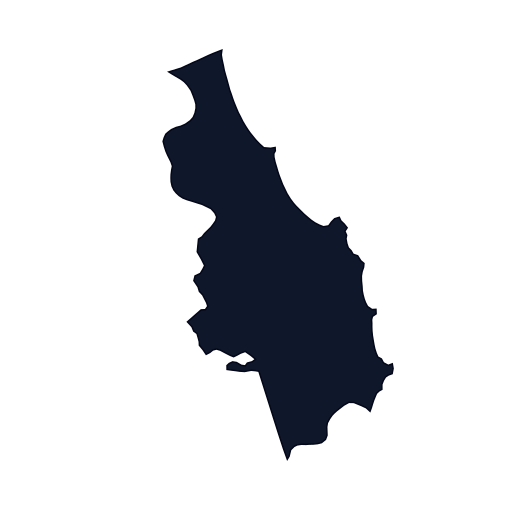 Laguna, Brazil (Natural Earth projection), rotated 313°
{"feature_id": "56859067B95150069695364", "entity_name": "Laguna", "entity_type": "district", "adm_level": 2, "iso_a3": "BRA", "parent_name": "Brazil", "parent_adm1": "", "projection": "natural_earth1", "projection_center": [-48.822, -28.47], "detail": "fine", "context": "isolated", "style": "filled", "palette": "ink", "viewbox_px": 512, "rotation_deg": 313, "n_neighbors": 0, "source": "geoboundaries", "source_scale": "gbopen_adm2", "svg_char_len": 3059}
<svg xmlns="http://www.w3.org/2000/svg" viewBox="0 0 512 512"><g transform="rotate(313 256 256)"><path d="M153.3,312.2L155.7,315.6L158.4,319.3L160.6,322.5L163.8,326.4L169.2,330.4L171.8,333.8L173.7,336.7L149.9,378.7L141.4,393.8L133.9,407.4L128.7,417.5L132.0,416.8L137.9,413.5L142.7,413.7L145.9,414.9L149.3,417.6L152.3,421.0L154.8,423.3L157.5,426.1L160.7,428.9L164.2,431.2L169.2,431.9L173.3,430.2L176.2,427.3L179.2,424.3L182.6,422.0L187.2,420.8L191.2,420.2L194.3,420.2L197.9,420.5L202.2,421.2L206.7,421.9L212.3,423.7L215.7,427.5L218.3,434.4L220.2,440.1L220.2,445.3L223.9,443.7L227.1,442.1L231.0,440.3L234.7,438.9L237.7,437.8L241.2,438.0L244.3,439.0L247.9,435.6L251.9,434.0L255.8,433.2L259.3,434.0L262.8,435.8L267.2,433.0L270.1,429.2L266.2,427.3L264.8,422.0L266.2,417.9L265.2,414.0L266.9,410.1L269.2,406.0L271.3,403.0L273.8,399.7L277.2,395.3L280.2,391.9L283.2,388.9L285.7,386.6L288.2,384.0L291.2,382.3L295.6,383.3L298.8,380.1L295.9,377.3L295.1,372.0L296.6,367.7L298.4,364.2L300.6,360.7L303.1,357.3L306.0,354.3L309.7,350.1L313.3,346.6L317.0,344.2L321.2,342.3L324.2,340.0L324.0,335.9L325.5,330.2L323.5,325.8L324.7,322.0L324.9,317.9L327.0,314.0L330.0,310.0L333.0,308.1L334.7,304.1L338.8,303.4L339.5,298.8L339.6,294.1L341.1,290.5L336.9,288.1L332.2,288.0L327.6,288.6L323.4,285.4L321.8,281.4L320.4,276.5L319.7,271.8L319.5,267.8L319.3,262.5L319.5,256.4L319.7,251.1L320.1,247.3L321.0,242.3L322.7,236.1L324.5,231.5L326.4,226.6L329.1,221.1L330.7,217.8L332.7,214.2L335.1,210.2L337.6,205.9L340.5,201.7L343.0,199.2L346.1,198.4L348.4,196.0L344.7,193.2L340.5,187.9L340.4,182.1L340.7,176.9L341.3,172.4L342.0,167.6L342.8,163.8L343.9,159.5L345.3,154.7L347.3,149.4L348.8,145.1L350.9,140.4L353.5,134.8L355.2,131.5L357.5,127.3L359.5,123.4L362.0,119.4L365.1,114.4L367.8,109.9L370.1,106.2L372.8,102.5L376.4,97.3L379.4,93.4L383.3,90.6L374.7,86.5L370.6,84.7L362.2,81.3L358.5,79.8L355.0,78.2L342.3,73.1L331.2,66.7L331.9,70.3L332.9,74.9L334.1,80.2L334.6,84.5L334.3,89.0L332.9,95.6L330.5,100.7L328.2,105.2L326.1,108.6L323.2,111.4L318.9,114.0L314.5,115.6L310.0,115.7L304.2,114.5L299.5,112.5L295.6,110.0L290.8,108.0L286.8,107.3L283.6,107.0L280.0,108.2L276.5,109.9L273.7,114.3L271.2,118.8L269.5,122.7L266.9,129.7L264.8,133.6L261.3,135.8L257.7,138.4L255.1,140.7L252.5,143.3L249.9,147.0L248.3,151.0L247.8,154.7L247.8,158.7L248.6,163.1L250.2,167.1L252.8,172.4L255.3,177.7L257.1,181.4L260.0,190.8L259.5,196.4L257.8,200.6L254.3,202.5L250.4,203.1L246.2,203.5L237.3,203.1L233.2,203.5L229.2,202.4L219.0,210.2L216.6,218.1L214.0,225.0L210.0,226.2L205.3,227.2L199.9,225.0L195.6,227.4L193.9,234.7L191.5,238.8L191.2,243.6L189.7,247.7L188.3,251.6L186.4,255.0L182.2,255.6L179.1,252.6L161.1,250.8L160.6,257.4L158.6,261.8L159.1,265.7L156.7,269.7L154.6,273.0L152.1,275.5L151.4,281.1L150.1,286.6L154.0,288.0L157.8,288.5L161.0,290.5L162.8,294.1L164.4,300.0L165.8,304.9L167.1,308.3L170.7,309.7L174.4,310.9L178.9,313.2L179.9,320.1L180.2,326.1L176.1,325.4L171.8,322.7L168.3,323.1L166.0,319.8L164.8,314.4L162.6,311.1L159.1,309.7L156.1,309.5L153.3,312.2Z" fill="#0f172a" stroke="#020617" stroke-width="1.5"/></g></svg>